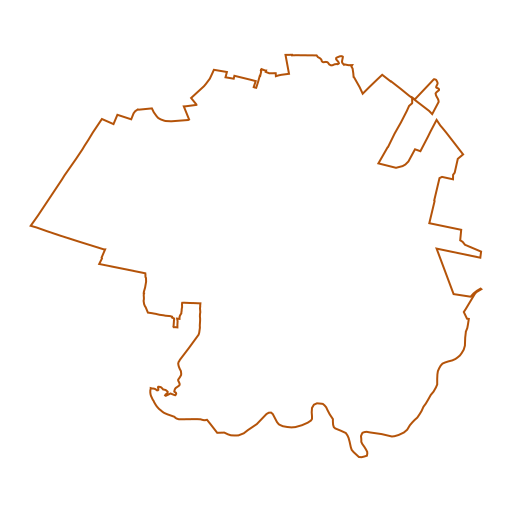 the district of Giroc, Timis, Romania
{"feature_id": "2599482B4901779350201", "entity_name": "Giroc", "entity_type": "district", "adm_level": 2, "iso_a3": "ROU", "parent_name": "Romania", "parent_adm1": "Timis", "projection": "robinson", "projection_center": [21.239, 45.682], "detail": "fine", "context": "isolated", "style": "outline", "palette": "amber", "viewbox_px": 512, "rotation_deg": 0, "n_neighbors": 0, "source": "geoboundaries", "source_scale": "gbopen_adm2", "svg_char_len": 5958}
<svg xmlns="http://www.w3.org/2000/svg" viewBox="0 0 512 512"><path d="M437.2,384.5L437.2,378.8L437.4,374.4L437.9,371.1L439.2,368.2L440.7,365.6L442.5,363.6L445.0,362.5L448.4,361.4L452.3,360.4L455.4,359.0L457.5,357.5L459.9,355.5L461.6,353.2L463.7,349.7L464.9,345.7L465.2,337.6L465.8,332.5L465.8,331.8L467.3,328.0L467.9,324.8L468.6,320.2L468.8,318.9L467.0,318.7L463.8,312.0L465.7,309.1L474.7,294.1L476.3,292.2L481.3,289.2L480.6,288.6L476.9,290.8L473.6,293.4L470.6,296.7L453.6,294.1L436.6,248.6L480.3,257.7L481.1,251.6L465.0,244.8L462.6,241.8L460.2,240.3L461.2,229.8L429.3,223.2L434.6,201.0L434.2,200.5L439.5,178.1L442.0,176.9L453.0,179.3L453.1,174.8L454.7,172.7L457.8,158.8L463.1,154.4L446.3,132.7L442.3,127.8L440.3,125.5L436.6,119.9L430.5,131.5L428.0,136.6L420.4,151.2L415.0,149.3L408.4,161.5L405.4,164.5L402.6,166.1L396.0,167.8L378.4,163.4L387.6,147.3L388.0,147.1L394.6,133.6L400.9,122.5L406.8,111.0L409.1,105.9L412.1,103.3L412.2,102.8L412.1,97.9L414.5,99.7L429.1,110.9L432.2,114.1L438.6,102.0L438.6,101.3L438.3,99.8L437.8,98.7L436.4,96.2L435.9,95.0L435.7,93.9L435.6,93.4L435.8,93.1L436.6,92.1L438.8,90.3L439.0,90.0L439.0,89.3L438.6,88.7L438.2,88.4L436.8,87.9L436.2,87.4L436.2,86.9L436.3,86.5L437.4,84.1L437.6,83.4L437.6,83.0L437.1,81.6L436.5,80.5L436.2,80.0L435.8,79.7L434.9,79.4L434.1,79.2L433.8,79.3L429.3,84.1L414.8,99.4L411.7,97.1L411.4,97.4L409.1,95.7L400.9,89.0L391.0,81.3L390.8,81.5L382.2,74.8L377.2,79.5L369.3,87.1L362.7,93.7L359.6,87.1L354.0,77.2L353.6,77.0L353.3,73.4L352.6,68.6L351.4,66.5L352.2,65.1L348.6,65.2L344.5,64.4L344.0,64.8L342.8,63.5L342.3,62.8L342.0,61.9L342.1,60.9L342.2,60.3L342.8,57.5L342.8,56.7L341.8,56.2L340.9,56.2L339.9,56.3L337.1,57.4L336.2,58.0L336.1,58.7L336.2,59.4L336.8,60.1L338.1,61.6L338.7,62.6L338.9,63.4L338.3,63.9L337.5,64.2L337.1,64.0L334.6,64.3L332.6,65.2L331.8,65.3L330.9,65.3L329.3,64.5L328.0,62.7L327.5,62.3L327.1,62.1L325.7,61.9L323.7,62.2L323.3,62.2L322.7,62.0L322.2,61.6L321.8,61.2L321.4,59.8L320.9,59.1L319.9,58.2L317.9,57.1L316.6,55.4L296.1,55.2L293.0,55.3L292.0,55.3L292.0,54.8L285.5,54.9L289.0,73.8L281.4,74.8L278.9,75.3L275.9,76.2L275.7,73.2L269.3,73.3L265.7,71.9L266.1,70.5L265.1,70.5L261.5,69.1L261.0,70.2L261.4,70.3L261.1,71.3L261.0,71.2L261.0,71.4L261.1,71.9L260.6,74.1L260.2,75.9L259.8,75.8L258.1,81.8L256.2,87.8L254.7,87.5L253.7,87.1L255.7,81.1L250.8,79.8L234.4,75.8L233.7,78.7L225.5,77.3L226.9,72.0L213.9,69.8L212.1,73.8L209.8,78.7L206.0,83.8L204.0,86.2L191.1,98.0L196.4,104.5L196.4,104.9L185.7,106.3L183.8,106.4L189.1,119.5L188.2,120.0L171.2,121.3L165.5,121.0L164.3,120.7L161.0,119.5L159.6,118.8L158.1,117.9L156.6,116.2L153.8,112.3L151.9,108.4L138.6,109.7L137.9,109.4L135.2,111.2L133.6,113.3L131.2,119.3L117.4,114.8L113.5,124.1L101.9,119.0L92.9,132.4L88.3,140.0L84.6,145.7L82.4,149.4L75.9,159.1L64.5,175.4L61.9,179.6L38.0,215.5L30.7,225.8L36.6,227.5L47.0,231.2L60.4,235.7L79.2,241.7L103.9,249.4L105.1,249.4L101.6,257.6L102.0,258.4L99.2,264.0L145.3,273.3L145.4,274.3L145.5,275.0L145.4,275.4L145.5,277.1L146.0,278.0L146.1,281.7L145.1,287.5L143.9,291.7L143.7,293.2L144.1,293.4L143.7,294.9L143.8,296.3L143.9,297.9L143.9,299.1L143.6,300.9L144.1,304.1L144.9,306.1L145.7,307.3L147.9,312.6L152.1,313.2L153.6,313.5L156.0,313.9L157.5,314.3L159.6,314.8L163.6,315.3L165.4,315.7L170.1,316.1L172.1,316.7L172.1,317.6L174.1,318.5L174.2,319.4L174.0,320.0L173.8,323.0L173.6,325.6L173.4,326.6L173.7,327.2L175.6,327.2L177.4,327.4L177.4,324.6L177.6,321.2L177.1,318.6L179.5,318.9L179.6,316.7L180.0,315.6L180.7,314.3L181.3,313.5L181.4,312.0L181.6,311.1L181.7,309.4L181.9,308.0L182.1,307.2L182.0,304.0L182.2,302.8L183.7,302.7L189.9,303.0L194.2,303.1L198.7,303.3L200.4,303.3L200.2,305.3L200.2,306.7L200.0,308.3L200.2,310.8L200.3,312.1L200.0,314.1L199.9,316.3L200.1,318.5L200.1,320.7L199.8,325.4L199.9,327.8L199.2,332.7L198.6,334.7L188.6,348.4L179.9,359.8L179.4,360.8L178.6,362.0L178.4,362.8L178.2,363.4L178.3,364.3L178.5,365.4L178.9,366.8L179.7,368.8L180.9,371.1L181.2,373.7L181.1,375.0L180.1,376.8L179.2,378.2L178.2,379.6L178.2,380.7L179.1,382.4L179.7,384.1L179.4,385.3L178.6,386.0L175.7,388.0L175.0,389.0L174.6,390.1L174.4,390.9L174.3,391.6L174.9,392.1L175.9,392.7L176.2,393.8L175.4,395.2L174.6,395.1L170.5,393.5L168.9,394.3L168.5,394.4L168.0,394.8L167.4,395.0L165.8,395.8L165.1,395.4L165.6,394.5L167.1,393.4L167.6,392.6L167.7,391.8L166.9,391.0L165.6,390.0L164.8,389.8L163.0,389.4L162.4,388.6L161.4,387.6L160.7,387.1L158.6,386.7L158.2,386.8L158.0,387.5L158.3,388.5L158.3,389.9L157.8,390.3L156.9,390.3L155.5,389.2L154.5,388.8L153.8,388.6L152.1,388.5L150.7,388.1L150.7,388.7L150.3,390.5L150.3,392.7L150.6,394.6L151.0,395.9L152.7,399.6L153.6,400.9L154.1,402.1L155.5,404.5L156.7,406.3L157.9,407.7L159.0,408.9L160.1,409.8L160.9,410.4L161.5,411.0L163.6,412.6L165.0,413.3L167.6,414.4L170.2,415.3L171.9,415.9L174.4,416.8L175.5,417.9L176.5,418.5L178.5,419.2L179.6,419.3L196.5,419.1L200.6,419.3L201.8,419.7L203.0,420.0L204.1,420.2L205.1,420.2L207.0,419.8L210.6,424.3L217.2,432.8L224.3,432.6L228.1,434.4L230.9,435.3L235.0,435.5L238.4,435.4L243.8,433.3L247.9,430.1L256.8,424.1L266.5,414.0L268.8,412.7L271.1,412.6L272.8,414.1L277.0,422.1L278.8,424.3L280.3,425.1L282.8,426.2L287.3,427.0L291.4,427.4L295.3,427.1L302.0,425.2L307.7,422.7L311.0,420.5L312.0,418.9L312.0,416.2L311.7,412.3L312.0,407.9L313.9,404.7L317.0,403.3L321.3,403.7L322.8,403.9L324.5,405.3L326.2,407.3L327.4,409.9L329.7,414.3L332.9,419.1L332.9,421.6L333.1,424.7L333.8,427.1L335.2,428.4L340.8,430.7L345.8,433.0L347.5,435.5L348.6,438.0L349.6,441.7L350.8,447.2L351.7,449.9L353.6,452.1L358.9,457.0L361.5,457.2L364.4,456.5L366.9,455.7L367.3,453.6L367.2,451.8L365.8,449.2L364.3,446.8L362.3,444.0L361.3,441.9L361.3,439.2L361.0,436.1L361.8,434.1L362.5,432.8L364.4,432.1L366.6,431.8L369.8,432.4L381.7,434.1L391.9,436.5L394.5,436.2L398.6,435.0L403.9,432.5L407.2,429.7L409.9,425.2L412.3,422.4L414.6,420.0L417.3,417.6L419.6,414.2L421.5,411.1L423.5,406.7L425.8,403.6L428.1,399.7L430.8,394.9L433.5,391.7L435.9,387.5L437.2,384.5Z" fill="none" stroke="#b45309" stroke-width="2"/></svg>